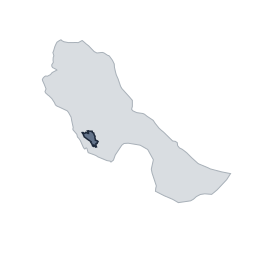 location of Burtnieku within Latvia, rotated 219°
{"feature_id": "LVA-5784", "entity_name": "Burtnieku", "entity_type": "Municipality", "adm_level": 1, "iso_a3": "LVA", "parent_name": "Latvia", "parent_adm1": "", "projection": "equal_earth", "projection_center": [25.318, 57.691], "detail": "fine", "context": "in_parent", "style": "filled", "palette": "slate", "viewbox_px": 256, "rotation_deg": 219, "n_neighbors": 0, "source": "natural_earth", "source_scale": "10m", "svg_char_len": 2592}
<svg xmlns="http://www.w3.org/2000/svg" viewBox="0 0 256 256"><g transform="rotate(219 128 128)"><path d="M188.5,172.2L187.0,172.0L182.6,170.8L179.0,169.1L176.8,166.7L172.9,163.6L170.5,161.9L166.6,159.9L160.1,155.8L157.7,154.8L146.2,153.0L142.0,152.2L138.2,147.5L137.0,144.8L135.1,144.4L133.0,144.9L130.8,145.5L125.6,148.6L123.9,149.1L120.7,149.1L113.2,149.8L109.8,148.7L103.9,147.4L100.6,147.2L97.8,147.2L85.2,146.0L82.8,147.4L80.5,147.6L78.3,145.5L75.5,144.9L72.3,145.6L66.7,145.7L60.0,145.0L51.5,144.5L50.2,144.7L40.6,147.5L38.3,148.0L27.9,152.7L19.6,157.1L18.8,150.0L19.8,136.0L21.2,129.1L27.0,125.1L29.9,121.9L31.7,117.8L32.3,113.9L33.5,110.8L41.9,101.7L48.3,100.7L57.0,98.2L66.8,96.1L68.6,98.8L69.5,100.8L81.0,108.2L84.0,110.7L88.3,119.3L99.2,123.7L107.7,122.3L111.5,120.2L118.3,116.3L121.4,113.4L122.0,110.7L120.9,99.0L119.1,93.9L119.8,90.8L121.0,91.0L123.9,89.4L133.3,86.6L135.2,86.5L137.4,85.9L143.4,83.8L145.3,85.0L146.9,86.2L147.8,86.3L148.2,85.8L148.1,84.9L148.5,84.4L150.2,84.7L157.1,88.2L159.8,89.0L161.6,89.2L163.8,90.9L169.7,92.0L170.4,92.8L170.9,93.9L176.4,98.3L179.0,100.6L183.9,102.6L186.0,103.1L194.6,101.0L197.0,100.3L199.0,100.3L201.0,101.4L205.7,102.9L209.8,103.3L210.6,103.2L214.1,103.4L215.4,104.0L216.3,106.8L220.3,109.1L224.1,111.0L225.1,111.8L225.4,113.5L225.2,115.4L224.8,116.5L223.2,117.6L221.9,120.6L221.8,123.4L219.7,128.3L220.2,128.4L224.7,127.5L226.0,128.0L227.0,129.1L227.4,132.1L228.9,133.5L230.5,135.7L231.0,137.4L233.9,139.4L234.2,140.7L236.1,145.3L236.8,147.9L237.2,150.0L236.4,152.6L235.6,154.4L234.7,154.2L232.1,154.7L228.0,156.9L222.0,161.9L220.4,163.0L218.8,166.9L218.5,167.2L214.9,167.1L213.9,167.0L210.3,167.1L202.5,166.1L199.4,166.7L195.5,170.6L194.0,171.2L189.3,171.7L188.5,172.2Z" fill="#d9dde1" stroke="#a8b0b8" stroke-width="1"/><path d="M156.6,93.6L156.9,94.0L157.9,94.3L158.5,94.9L159.8,95.2L160.7,95.6L160.1,96.2L158.6,96.3L158.4,96.7L158.0,97.1L158.0,98.1L155.9,98.5L155.3,98.9L156.0,99.6L157.1,99.9L157.7,100.1L157.1,100.9L156.1,101.2L155.2,101.8L154.4,102.5L153.7,102.9L153.2,102.2L152.4,102.2L151.4,102.5L150.6,101.8L149.4,101.1L148.4,100.9L148.1,100.1L147.0,99.2L146.8,98.9L146.0,98.6L145.7,98.0L144.7,98.3L143.7,98.7L142.8,98.7L142.6,97.9L142.8,97.4L142.5,97.1L142.3,96.8L142.3,96.5L142.4,96.2L142.6,96.0L142.8,95.9L143.0,95.7L142.5,95.0L142.3,94.5L140.6,93.5L141.1,92.8L141.9,92.9L142.8,92.9L143.4,93.3L143.9,93.4L144.0,93.1L143.7,92.4L143.4,92.0L144.3,91.8L144.8,92.2L146.7,93.2L147.4,93.3L148.0,93.5L148.1,94.1L149.4,94.0L151.4,93.8L153.7,93.7L154.8,93.7L156.6,93.6Z" fill="#64748b" stroke="#1e293b" stroke-width="1.5"/></g></svg>